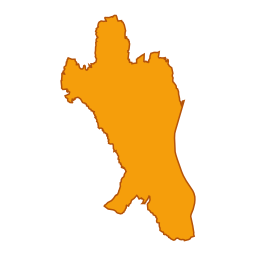 Kota Bogor, Jawa Barat, Indonesia (Robinson projection)
{"feature_id": "22746128B63896883204987", "entity_name": "Kota Bogor", "entity_type": "district", "adm_level": 2, "iso_a3": "IDN", "parent_name": "Indonesia", "parent_adm1": "Jawa Barat", "projection": "robinson", "projection_center": [106.783, -6.595], "detail": "fine", "context": "isolated", "style": "filled", "palette": "amber", "viewbox_px": 256, "rotation_deg": 0, "n_neighbors": 0, "source": "geoboundaries", "source_scale": "gbopen_adm2", "svg_char_len": 5699}
<svg xmlns="http://www.w3.org/2000/svg" viewBox="0 0 256 256"><path d="M112.7,16.5L112.6,17.0L111.7,16.7L109.1,17.6L105.1,17.5L104.9,17.7L105.0,18.7L106.2,20.5L106.3,21.2L105.0,21.1L103.8,21.4L101.1,21.0L99.2,22.1L98.5,23.2L98.0,25.1L97.9,26.1L98.3,26.5L98.2,27.1L97.4,27.5L96.7,28.6L96.2,28.9L96.6,29.7L96.0,30.4L95.6,31.6L96.6,32.6L95.9,33.9L95.9,34.4L96.6,35.3L96.8,36.2L97.9,37.3L97.7,37.8L97.0,38.0L96.5,38.8L96.1,40.0L96.3,41.1L96.7,41.5L95.8,42.2L96.0,45.8L95.6,46.8L95.5,50.6L95.1,53.0L95.6,55.2L95.3,56.6L95.5,56.8L95.7,57.8L96.4,58.4L96.5,59.1L95.9,62.1L94.2,62.9L94.0,63.5L93.4,63.8L91.0,63.8L91.5,67.3L91.3,67.4L90.7,67.3L90.0,66.6L90.4,66.2L89.1,65.0L89.6,66.9L87.9,68.1L87.7,69.5L87.0,70.0L86.3,70.1L85.5,68.9L85.3,66.8L85.1,65.9L84.5,65.4L83.8,65.7L83.4,67.8L82.7,68.8L82.2,69.0L80.9,68.9L79.5,67.6L78.7,64.4L78.4,64.0L78.1,63.9L77.1,64.8L76.4,64.7L76.6,62.5L75.3,61.0L75.0,59.2L71.9,59.3L68.2,57.9L67.9,58.1L67.8,59.3L67.3,59.5L67.0,61.4L66.8,61.4L66.7,62.1L66.4,62.1L66.3,62.7L66.6,62.7L66.4,63.9L66.2,63.9L65.9,65.6L64.1,67.1L64.2,68.7L64.5,68.8L65.0,68.3L64.7,69.2L63.8,71.0L63.1,71.3L63.4,72.7L64.3,73.1L64.6,74.1L64.0,74.1L62.4,73.0L61.9,73.7L61.9,76.6L61.6,79.6L61.8,79.9L61.8,80.4L61.1,80.8L61.7,86.7L61.6,88.1L62.9,89.5L66.8,89.1L66.8,90.6L67.5,90.1L67.9,90.3L67.3,91.6L67.4,92.0L68.8,91.7L69.6,92.0L69.6,92.7L68.8,94.4L67.6,94.6L66.6,95.3L65.1,95.7L65.3,96.5L65.8,97.5L67.7,98.6L67.6,100.0L68.2,101.5L69.0,101.7L70.0,102.5L72.3,102.7L72.6,102.2L71.9,101.5L71.9,100.9L72.3,99.2L72.7,99.4L72.7,100.1L73.2,100.0L73.6,100.2L74.1,99.1L74.5,99.3L74.6,98.9L75.1,99.0L75.2,98.0L77.8,97.3L78.5,97.5L80.6,99.0L82.5,102.3L83.4,102.9L84.8,103.0L85.2,103.8L86.2,104.0L86.5,104.5L86.6,105.9L88.3,106.4L88.7,108.0L89.4,108.9L90.9,109.4L91.3,110.8L92.3,110.7L92.8,111.0L92.9,111.6L94.2,111.8L94.1,112.1L93.7,112.4L93.9,113.8L94.8,114.7L94.8,115.7L95.6,116.3L96.0,117.2L95.8,117.5L95.2,117.2L95.0,117.4L96.1,118.6L96.8,119.8L96.9,120.9L96.7,121.5L97.5,122.2L98.0,123.5L98.0,124.7L98.4,126.0L98.2,127.4L99.4,128.5L99.6,128.2L101.1,128.1L102.5,128.7L102.6,129.3L102.3,129.9L102.5,130.4L102.9,129.9L103.3,130.2L104.0,132.2L104.0,132.7L105.3,132.8L105.8,133.6L106.7,133.6L106.9,134.3L106.8,135.0L107.3,135.1L107.4,134.7L107.6,135.0L107.0,136.0L107.8,136.5L107.7,138.3L108.1,139.1L108.6,139.2L108.8,139.7L108.7,140.3L108.3,140.8L108.3,141.4L108.8,142.5L108.6,143.3L110.3,144.0L112.5,143.9L113.0,144.3L113.3,145.5L113.4,148.6L114.1,149.7L113.9,151.5L116.0,150.7L115.9,152.2L117.3,153.6L117.5,154.8L118.4,155.8L118.5,156.8L118.1,159.1L119.1,159.5L119.0,161.3L119.3,161.6L119.1,162.6L120.6,163.1L120.8,163.7L120.6,164.2L121.3,164.8L121.6,166.2L121.5,167.4L122.1,167.6L122.7,166.9L123.0,167.1L122.8,167.8L123.3,168.1L123.5,167.8L124.4,168.0L124.4,168.5L125.6,170.1L125.8,171.3L126.1,171.5L124.4,174.2L123.9,176.7L122.3,177.9L121.3,179.7L121.2,181.8L120.3,182.7L120.4,183.2L120.2,183.9L120.4,186.4L119.2,190.2L118.8,190.9L118.6,192.1L117.5,194.5L116.8,194.7L116.6,195.2L116.1,195.1L115.4,195.7L113.3,198.8L112.4,199.5L111.7,200.5L107.9,202.5L105.6,204.8L104.7,205.2L104.2,206.1L108.1,209.0L113.5,209.9L115.6,211.0L116.6,212.4L117.6,213.0L120.5,213.8L122.2,213.4L123.2,212.3L123.8,212.2L124.2,211.1L124.9,210.5L125.7,208.3L126.2,208.0L126.3,205.7L126.5,205.3L128.4,206.1L128.7,205.9L128.9,205.5L128.8,205.0L129.3,204.2L130.6,203.2L131.5,200.3L134.1,198.4L136.8,195.4L137.9,196.8L139.1,199.0L140.6,198.3L141.4,198.7L141.6,198.2L143.7,199.8L142.8,202.8L142.1,203.5L143.3,203.5L143.5,203.2L144.7,203.6L144.9,202.5L145.5,202.5L146.4,200.6L147.7,199.4L147.8,198.5L148.4,197.9L149.0,196.1L149.7,196.4L150.0,199.9L149.1,202.2L147.9,203.4L147.4,204.3L147.9,209.6L149.5,210.3L151.0,212.5L152.8,213.2L153.3,214.8L155.3,215.7L155.9,216.3L156.0,217.4L156.9,218.3L157.0,218.9L156.6,220.5L156.7,221.9L157.3,222.6L159.3,223.0L159.2,224.7L159.4,226.7L160.0,228.0L160.0,230.4L162.4,232.0L163.4,232.2L163.6,232.8L163.8,234.3L164.9,234.6L165.8,234.4L167.1,235.7L168.4,236.2L168.7,237.4L169.5,237.4L170.5,238.6L173.4,240.1L174.4,240.0L175.2,239.6L176.2,238.4L177.8,238.1L179.8,239.4L181.3,239.7L182.5,239.5L184.1,239.7L184.4,240.6L188.6,239.6L190.2,238.7L190.9,237.3L194.2,236.2L193.6,234.1L193.8,232.8L192.7,225.8L190.7,216.5L191.0,214.6L193.2,209.0L194.6,203.3L194.9,200.0L194.8,196.7L193.9,193.3L192.7,190.7L186.1,180.8L183.3,175.7L181.6,171.7L177.1,158.9L175.8,154.7L175.1,151.7L174.5,138.0L174.7,133.4L175.4,130.5L184.1,100.7L183.3,101.0L182.5,101.1L182.2,102.0L182.4,102.6L181.7,103.6L181.3,104.8L180.7,103.1L180.6,101.8L179.8,100.9L179.6,100.4L179.5,98.4L178.6,94.2L178.5,91.7L177.5,88.9L176.4,88.3L176.1,85.9L175.6,85.0L173.5,82.2L172.8,81.7L172.8,78.8L173.1,78.0L172.3,76.3L172.3,75.0L172.9,73.4L171.7,67.8L169.2,65.9L168.5,64.5L168.0,64.1L168.3,61.3L168.2,60.0L167.8,59.6L167.0,61.1L166.3,61.7L166.0,61.5L165.8,58.5L165.2,57.6L164.7,57.8L164.5,59.1L164.1,58.8L164.0,57.9L161.7,58.0L160.6,57.7L159.3,58.0L158.9,57.7L158.4,56.8L158.4,56.3L158.7,55.2L159.2,51.8L157.7,52.5L154.1,52.4L150.9,53.4L150.0,56.2L149.9,58.3L148.7,60.4L148.7,61.8L148.1,61.7L148.0,62.4L146.8,62.0L146.2,61.4L145.7,61.6L145.3,61.3L144.5,61.8L143.9,61.5L144.2,54.1L141.7,55.5L138.5,57.9L138.1,57.9L137.0,59.2L136.6,59.3L136.6,63.0L131.9,63.7L131.8,62.5L129.6,62.3L129.6,60.9L128.9,60.6L129.3,59.4L128.0,58.9L128.8,52.6L128.0,52.3L127.9,51.2L127.9,50.7L128.5,50.6L129.0,49.1L129.6,43.9L129.2,42.6L129.2,41.3L128.4,40.7L128.6,40.2L128.5,39.7L127.3,38.9L126.7,38.1L126.5,36.3L125.7,38.4L125.3,38.3L125.1,37.8L125.0,34.0L125.2,32.0L125.6,30.9L124.3,25.1L123.0,22.4L122.4,21.8L121.8,21.7L121.6,20.6L118.1,21.0L117.4,19.5L116.6,16.5L116.1,15.5L114.5,15.4L114.0,15.6L113.2,16.5L112.7,16.5Z" fill="#f59e0b" stroke="#b45309" stroke-width="1.5"/></svg>